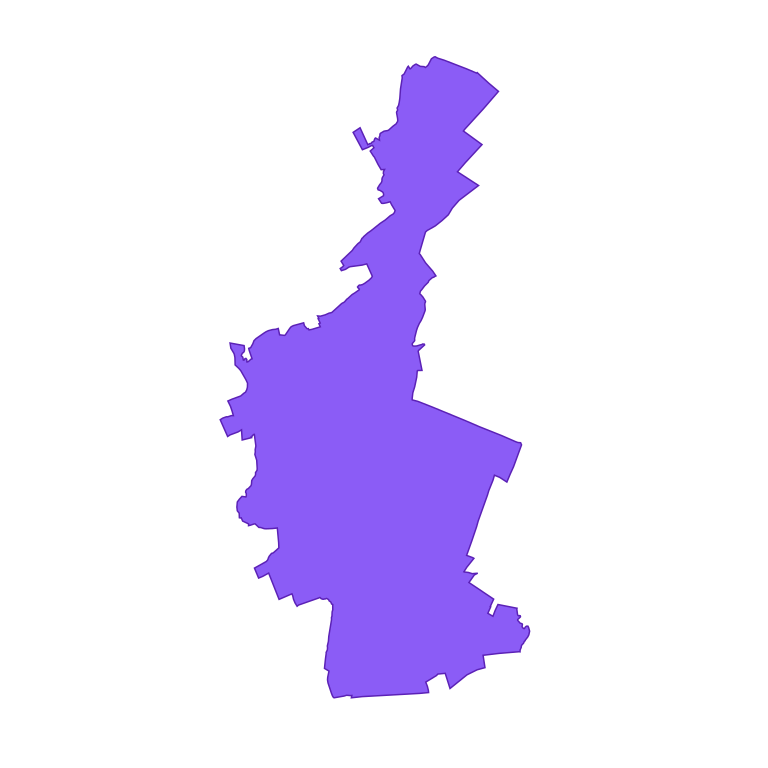 the district of Baltati, Iasi, Romania, rotated 79°
{"feature_id": "2599482B27793001120965", "entity_name": "Baltati", "entity_type": "district", "adm_level": 2, "iso_a3": "ROU", "parent_name": "Romania", "parent_adm1": "Iasi", "projection": "equal_earth", "projection_center": [27.116, 47.24], "detail": "fine", "context": "isolated", "style": "filled", "palette": "violet", "viewbox_px": 768, "rotation_deg": 79, "n_neighbors": 0, "source": "geoboundaries", "source_scale": "gbopen_adm2", "svg_char_len": 6132}
<svg xmlns="http://www.w3.org/2000/svg" viewBox="0 0 768 768"><g transform="rotate(79 384 384)"><path d="M651.8,496.7L655.3,492.8L661.1,495.2L663.7,495.9L666.8,496.0L677.6,494.6L680.3,494.1L681.9,493.5L682.5,492.9L682.7,482.7L682.4,480.1L683.5,476.2L683.6,475.0L685.8,475.9L686.7,465.1L694.5,408.1L695.4,399.1L693.4,398.9L689.1,399.1L684.6,399.9L680.2,388.1L679.0,386.5L679.7,379.1L695.5,377.3L685.3,358.0L682.3,347.1L681.7,339.0L669.2,338.5L670.4,322.4L672.6,302.4L672.9,301.6L671.0,301.1L668.8,299.6L667.3,299.1L666.3,298.3L665.2,296.6L663.5,295.4L662.9,294.4L662.3,294.1L659.9,291.3L657.9,289.7L654.4,288.2L650.8,288.5L649.2,288.9L648.9,290.0L649.1,290.9L649.8,291.9L650.6,292.5L650.9,293.0L650.8,293.4L650.1,294.1L648.6,294.8L646.5,294.0L645.7,294.2L644.7,296.0L641.5,297.9L640.7,297.7L639.0,295.0L638.6,294.5L638.1,294.4L637.5,294.5L637.2,295.0L637.2,296.1L636.6,296.7L635.7,296.9L630.4,296.6L629.5,296.2L622.2,314.2L627.2,317.9L632.8,321.4L628.9,325.8L623.1,321.8L622.8,322.2L616.1,317.4L595.1,338.5L588.7,331.8L587.6,328.1L587.0,333.6L585.1,337.1L583.9,340.9L583.6,341.4L579.6,337.6L572.3,329.0L571.4,330.0L568.0,335.6L554.7,327.7L541.9,320.4L536.5,317.7L512.9,303.7L508.7,301.5L499.3,295.4L494.6,293.0L497.7,288.3L503.7,282.1L496.5,277.3L489.9,272.6L470.0,260.6L467.7,261.1L467.0,263.7L465.8,265.7L457.0,278.5L444.0,298.7L435.0,311.9L415.7,341.2L407.5,354.1L405.0,359.3L404.3,359.3L398.2,357.4L392.6,354.4L383.6,350.6L377.6,348.9L377.2,348.3L377.9,344.1L358.3,344.2L357.7,343.7L353.4,336.7L352.6,336.8L352.1,338.4L352.6,339.9L352.5,340.8L352.9,344.5L352.7,346.5L352.2,348.2L351.7,348.6L350.6,348.7L349.7,348.5L347.5,345.8L346.9,345.5L345.2,345.3L343.7,344.7L337.7,341.9L335.0,340.4L331.2,337.7L328.8,335.5L325.9,333.4L319.9,329.7L318.7,329.3L313.7,328.8L312.2,328.3L311.3,327.6L310.6,327.5L306.1,329.2L303.5,330.7L302.2,331.7L299.8,330.5L298.4,328.7L295.5,325.5L292.6,321.2L291.0,320.1L288.8,316.2L288.7,314.8L288.2,313.8L287.8,312.4L282.4,314.7L273.0,320.1L264.0,323.7L262.7,324.5L258.9,322.6L242.8,314.3L241.6,312.4L238.6,303.5L234.7,296.0L230.2,288.6L224.4,283.4L218.0,275.2L207.2,253.3L189.7,271.4L182.3,262.0L167.7,242.1L150.8,257.8L149.0,255.7L132.9,234.0L118.6,215.8L108.8,223.7L96.1,233.1L96.5,233.6L96.4,233.9L90.4,242.8L77.6,263.2L74.4,269.1L72.5,271.4L72.6,272.5L73.8,275.4L79.1,279.6L80.0,280.7L81.2,283.0L80.1,284.1L79.1,287.8L76.1,291.4L76.2,292.2L77.3,294.9L79.3,297.4L79.6,298.0L79.6,298.4L76.7,299.5L77.3,300.3L83.5,305.1L84.7,307.5L87.0,307.7L97.5,311.5L106.4,313.9L110.4,315.3L113.4,316.6L115.6,318.5L117.1,318.3L118.2,318.6L119.0,319.5L120.0,319.9L125.8,320.0L127.9,320.2L129.1,320.7L129.9,321.6L130.8,322.2L132.7,326.1L135.7,331.1L135.9,332.2L135.8,335.7L137.2,339.6L137.9,340.3L139.4,340.6L141.0,341.7L143.8,341.9L140.9,345.3L141.0,345.7L141.7,346.4L143.9,347.7L144.3,349.6L145.2,350.5L145.4,351.8L145.3,352.2L145.8,353.2L145.5,354.1L145.7,354.3L127.9,358.6L131.1,366.3L149.9,360.5L148.7,354.4L147.6,350.7L147.6,349.7L150.2,348.8L152.7,353.1L158.4,350.8L159.3,350.2L167.5,347.9L173.1,345.9L173.5,342.5L175.4,344.0L177.2,344.5L178.7,344.1L181.0,346.2L182.4,346.9L184.1,347.2L185.6,348.0L187.6,350.3L190.5,352.9L190.9,353.0L192.3,352.7L193.2,351.0L195.3,348.7L196.2,348.3L197.8,348.2L199.1,348.6L201.1,354.0L206.1,351.9L206.4,351.1L206.6,349.8L206.6,346.6L206.3,343.2L209.6,342.3L215.8,340.0L217.7,341.1L218.9,342.6L220.0,345.8L223.3,351.6L225.5,356.9L231.2,367.8L232.7,371.2L235.4,375.8L236.4,376.9L236.8,377.8L239.9,380.2L241.3,382.9L244.7,387.5L246.8,389.6L255.2,402.7L260.0,400.9L261.0,402.1L262.3,405.0L264.6,404.2L264.1,399.9L262.6,396.2L262.4,394.8L263.1,382.8L262.8,378.0L276.0,374.9L277.4,376.1L279.2,378.9L281.5,383.8L282.3,386.2L282.4,388.3L282.2,389.0L282.4,389.9L283.7,391.5L284.4,391.3L286.2,390.1L286.8,390.4L289.1,395.5L290.1,398.2L293.1,403.1L293.7,404.4L295.8,407.0L296.4,408.3L296.6,409.4L297.1,410.5L303.8,421.5L304.0,423.2L303.9,424.2L304.9,428.5L305.3,433.5L304.5,436.2L307.1,435.5L307.3,436.2L312.0,435.0L312.4,436.4L315.7,435.6L316.6,444.2L316.6,447.3L315.2,447.7L315.2,448.5L315.0,449.0L311.6,451.0L308.6,451.2L309.4,461.9L309.9,463.6L310.3,464.6L311.5,466.0L317.0,471.5L317.3,472.4L315.8,477.1L309.3,477.2L309.6,479.8L309.3,483.1L309.6,487.4L310.2,489.8L311.1,492.1L315.0,500.9L316.7,503.4L319.5,505.1L322.9,508.0L323.2,510.0L325.5,509.9L334.1,508.7L334.3,510.1L335.3,511.5L336.3,513.5L336.1,514.4L333.7,514.0L332.5,514.7L332.6,515.6L333.8,516.8L333.7,517.5L330.7,517.5L329.2,518.6L328.5,518.5L326.7,517.1L326.2,515.8L325.0,514.8L323.0,514.2L319.6,514.0L314.4,527.3L319.7,527.5L325.2,525.5L326.4,525.3L329.7,525.3L336.9,526.5L340.9,523.6L343.5,522.1L353.2,518.8L357.1,517.8L361.1,518.7L363.4,519.8L365.6,521.5L366.4,523.5L368.4,526.9L369.9,536.2L370.9,540.5L376.5,539.0L381.6,538.3L386.3,537.9L385.9,539.8L386.4,543.7L386.1,545.0L386.7,548.8L387.8,551.6L405.7,547.5L404.6,544.8L403.2,536.4L401.8,532.6L411.9,533.9L411.4,524.6L411.0,524.9L410.6,524.7L410.6,523.7L409.6,523.2L408.6,521.3L408.7,520.9L420.4,521.6L423.9,523.0L426.1,523.3L428.5,524.2L434.6,523.5L442.7,524.6L444.5,525.1L446.4,527.0L448.2,527.3L449.6,528.0L452.1,531.0L453.6,532.3L457.0,533.2L458.4,533.9L460.7,537.1L461.3,538.9L462.6,540.1L463.8,540.5L465.3,540.1L467.5,540.5L468.5,541.1L467.2,544.9L469.6,548.1L471.8,550.5L476.7,551.9L480.5,552.2L483.2,550.8L487.7,551.5L488.1,550.6L488.1,549.7L491.6,548.9L495.5,543.6L497.2,544.0L497.1,541.9L496.6,538.4L496.7,537.2L500.9,534.2L501.4,532.3L503.1,529.3L503.6,527.6L504.6,521.1L505.0,516.2L519.7,517.7L524.8,518.5L528.4,524.5L528.8,525.6L528.8,526.7L531.1,529.5L532.5,530.6L534.0,531.4L534.8,532.1L535.8,533.5L540.0,546.3L550.6,544.1L549.7,539.8L547.6,533.3L575.4,528.1L572.4,514.4L574.5,514.0L578.0,513.9L581.9,513.1L585.6,511.7L584.7,510.1L581.6,488.9L581.3,487.9L581.4,487.5L582.8,486.6L583.6,485.1L583.8,484.0L583.6,483.6L583.8,482.4L583.5,481.6L583.7,481.0L584.9,479.7L585.7,479.3L586.3,479.3L587.9,477.8L590.0,477.4L590.6,476.4L595.9,477.4L597.8,478.4L602.0,479.4L603.1,480.1L605.4,480.5L621.3,486.4L626.1,487.7L630.3,489.6L632.3,489.8L634.3,490.4L636.4,492.0L637.6,492.2L642.0,493.7L651.8,496.7Z" fill="#8b5cf6" stroke="#5b21b6" stroke-width="1.5"/></g></svg>